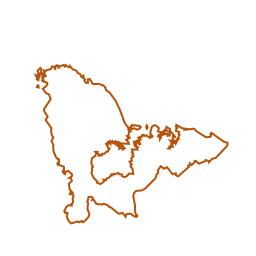 the district of Sorsogon, Sorsogon, Philippines, rotated 160°
{"feature_id": "2640588B8238689001419", "entity_name": "Sorsogon", "entity_type": "district", "adm_level": 2, "iso_a3": "PHL", "parent_name": "Philippines", "parent_adm1": "Sorsogon", "projection": "natural_earth1", "projection_center": [123.949, 12.823], "detail": "fine", "context": "isolated", "style": "outline", "palette": "amber", "viewbox_px": 256, "rotation_deg": 160, "n_neighbors": 0, "source": "geoboundaries", "source_scale": "gbopen_adm2", "svg_char_len": 5885}
<svg xmlns="http://www.w3.org/2000/svg" viewBox="0 0 256 256"><g transform="rotate(160 128 128)"><path d="M39.6,80.3L42.5,82.1L51.3,95.0L52.6,94.3L52.4,92.6L53.2,91.6L57.8,92.5L64.8,101.5L65.7,104.2L67.6,105.4L68.3,105.2L75.3,107.0L74.7,107.4L73.1,106.5L71.4,106.1L77.2,109.3L81.5,114.4L82.4,112.9L81.8,111.2L82.7,111.1L84.0,108.9L81.3,106.7L82.5,104.8L81.9,104.0L84.0,101.8L84.0,100.7L85.1,101.1L87.4,99.2L88.6,99.5L88.1,98.1L86.9,98.4L88.5,96.9L88.5,98.1L89.8,98.1L88.9,100.5L90.5,100.8L91.2,98.5L92.1,98.5L92.2,95.1L93.6,95.9L96.1,94.0L95.6,95.1L97.1,94.7L97.3,94.9L95.2,95.4L95.4,96.3L94.3,96.0L92.9,97.8L92.0,100.2L92.5,101.4L91.8,100.9L90.0,101.8L88.7,104.8L87.1,103.9L86.7,102.7L86.6,103.4L89.6,111.0L88.9,112.7L91.5,115.9L92.5,113.9L94.5,113.6L95.0,112.2L93.1,112.8L90.2,109.9L91.3,106.7L93.0,107.0L92.3,107.8L92.9,109.2L93.9,108.8L95.4,110.7L95.3,109.5L99.9,109.9L100.1,107.9L101.9,106.5L100.8,109.3L103.6,110.0L101.7,110.1L101.2,111.7L101.0,110.3L99.9,111.2L99.3,110.3L98.0,111.4L97.3,110.8L95.8,112.7L98.1,112.5L101.1,114.6L99.0,117.3L100.7,120.5L102.3,121.7L105.2,120.9L108.5,116.2L109.0,112.6L108.6,112.1L108.8,113.1L108.1,112.5L107.7,113.3L108.0,111.4L111.0,111.2L111.1,112.8L113.1,113.7L113.3,114.8L115.4,115.1L115.7,116.2L117.1,116.5L117.7,115.1L119.6,115.6L120.3,112.7L121.5,112.9L122.3,111.3L121.9,108.7L122.9,108.6L122.7,109.8L123.9,111.2L123.0,113.0L125.3,112.8L125.6,110.0L127.0,108.6L125.6,106.7L126.7,106.8L126.5,104.6L131.7,106.4L131.6,104.9L132.7,103.6L131.9,103.4L132.2,101.2L133.2,100.7L132.7,99.5L135.2,98.5L135.6,95.7L138.0,95.9L137.4,92.5L136.0,92.5L138.2,92.1L138.7,90.7L137.7,88.6L138.7,83.1L142.9,84.9L144.4,83.6L147.9,82.8L150.1,84.9L149.6,86.5L152.0,87.5L152.5,89.1L157.1,89.2L157.3,89.9L159.2,88.9L159.6,90.0L162.2,88.0L165.7,87.7L166.3,86.6L168.7,87.9L168.5,86.2L169.3,85.7L173.0,84.7L175.9,87.3L175.1,88.0L177.4,92.9L177.7,98.4L176.3,100.1L175.5,103.0L174.0,103.7L174.7,105.9L174.1,108.6L172.2,111.9L168.4,112.9L166.5,115.0L166.9,116.8L164.9,116.0L165.7,115.3L164.5,113.6L165.0,112.4L163.1,113.0L164.1,112.1L164.0,111.6L161.6,111.3L161.1,112.6L158.7,111.9L156.5,113.2L155.1,112.7L152.7,114.6L152.5,115.1L153.4,114.9L153.9,120.6L153.0,120.4L152.6,118.5L151.7,121.8L150.7,121.6L149.9,119.2L149.0,121.7L147.6,119.3L146.9,120.6L145.8,118.2L145.4,119.6L144.3,119.9L142.5,117.8L141.6,118.2L140.7,116.3L132.6,112.8L132.6,115.2L133.8,117.5L129.7,118.2L130.3,119.4L131.2,119.1L131.7,120.9L130.0,120.8L128.6,123.8L126.9,123.9L128.3,125.6L128.0,126.8L127.1,125.1L125.5,126.6L127.9,128.9L129.4,134.0L129.4,147.7L130.3,157.6L133.1,167.4L135.6,171.1L135.6,173.5L136.1,173.5L135.4,173.7L136.5,176.3L140.2,179.4L145.9,181.3L147.2,187.1L149.0,187.4L150.3,184.0L152.3,185.1L152.8,187.5L151.8,188.4L153.1,190.6L152.0,191.5L152.0,192.5L154.3,192.0L154.6,195.3L156.6,197.0L156.8,199.5L159.9,202.0L161.2,205.7L161.5,204.9L163.0,205.4L165.1,208.4L166.3,207.4L166.8,209.2L170.6,209.2L172.7,210.7L172.6,208.7L172.8,208.9L172.9,208.5L173.0,208.4L172.8,209.1L173.7,211.2L175.3,210.8L176.3,207.4L176.4,210.7L178.3,211.8L180.4,209.7L184.7,210.2L186.0,209.5L187.3,210.9L187.4,208.6L188.3,207.9L187.5,205.6L188.2,205.4L187.9,205.3L187.7,205.0L187.7,204.9L189.4,204.8L189.6,206.2L191.6,204.9L190.8,201.8L191.4,200.5L188.6,198.3L188.5,197.2L190.3,195.5L194.6,193.9L193.0,188.5L190.8,186.8L190.7,181.7L200.5,174.4L201.0,172.1L199.6,166.2L202.6,163.6L200.0,153.9L201.1,152.2L202.1,147.3L201.4,144.7L204.4,141.9L203.9,138.0L205.9,132.1L205.7,125.3L204.8,123.0L204.4,122.5L204.3,122.9L203.7,122.7L204.1,120.4L205.8,117.3L201.5,113.5L202.7,109.9L204.0,110.0L204.1,107.8L202.9,106.1L202.1,107.2L202.8,108.2L198.7,108.1L196.4,103.4L197.2,101.9L199.9,101.2L198.9,100.8L198.8,97.6L202.7,95.8L203.8,89.9L203.0,88.2L205.4,85.7L203.8,85.0L202.3,86.0L202.4,82.7L204.2,80.6L204.8,77.5L206.1,76.0L207.4,75.9L207.4,74.4L210.4,75.8L213.0,74.9L216.4,71.6L216.0,69.6L215.2,69.9L213.9,68.6L215.9,65.6L215.5,60.6L213.9,57.7L207.1,57.4L206.4,56.2L203.2,56.5L203.0,55.2L201.3,55.0L195.5,57.9L193.9,59.8L193.7,66.0L191.1,71.2L191.5,72.5L188.6,76.7L186.0,75.9L184.9,74.1L186.3,72.7L184.9,72.5L183.7,67.5L178.7,65.0L176.7,65.2L173.0,61.9L172.8,60.4L171.2,59.2L166.6,51.3L165.4,50.3L162.2,50.1L160.6,45.4L159.3,47.4L156.1,47.1L154.6,46.3L152.5,42.8L150.1,41.6L149.2,42.7L150.1,43.5L150.0,47.5L147.9,52.8L146.4,62.0L144.6,64.9L141.8,66.1L136.6,64.7L132.7,65.2L119.4,71.4L117.0,74.5L114.9,75.6L114.6,77.8L110.4,80.9L108.0,77.4L104.7,77.8L101.9,69.3L98.6,69.1L99.1,67.1L97.5,65.4L84.0,70.7L84.3,72.1L82.7,72.3L81.9,73.6L81.0,71.4L77.5,72.8L76.8,74.1L75.7,74.0L73.7,70.3L66.5,70.4L66.0,71.3L63.3,69.3L63.5,68.2L59.5,70.3L55.8,69.9L42.0,76.7L40.1,78.4L39.6,80.3ZM118.4,123.2L115.9,124.2L115.8,125.4L120.4,128.2L122.3,128.3L122.9,129.5L124.8,128.6L124.7,125.6L122.2,125.6L120.4,123.6L118.4,123.2ZM195.1,207.0L193.1,207.2L193.5,208.8L192.8,209.6L191.9,208.5L190.9,209.3L189.4,213.1L189.8,214.4L193.4,212.8L193.3,209.3L195.5,208.9L195.1,207.0ZM140.3,109.4L138.0,110.0L139.7,114.6L140.7,113.7L142.6,115.2L143.7,114.8L142.7,112.7L143.3,111.4L140.9,111.8L140.3,109.4ZM195.9,203.6L194.4,206.1L195.5,206.3L195.9,207.7L196.6,208.5L196.2,206.2L197.0,204.8L195.9,203.6ZM199.6,197.6L198.1,196.6L198.0,197.0L198.1,197.3L197.7,197.8L197.8,198.8L198.6,198.9L199.6,197.6ZM144.3,115.7L142.6,116.4L142.8,117.2L143.9,116.5L143.9,117.7L145.3,117.6L144.3,115.7ZM109.5,124.0L110.5,122.8L110.7,120.1L109.1,122.9L109.5,124.0ZM206.5,117.6L205.4,118.1L205.9,119.3L206.5,118.9L206.5,117.6ZM189.9,207.4L189.0,207.6L189.6,208.6L189.9,207.4ZM127.6,111.3L127.6,110.4L127.0,111.3L127.6,111.3ZM127.2,113.0L126.5,113.2L127.7,113.3L127.2,113.0ZM121.2,113.8L120.4,113.2L120.4,113.3L120.9,113.9L121.3,114.8L121.5,114.9L121.2,113.8ZM192.0,202.3L191.5,201.8L191.6,202.4L192.0,202.3L192.0,202.3ZM192.1,201.3L191.5,200.9L191.8,201.6L192.1,201.3ZM121.2,115.6L121.0,115.4L121.0,116.1L121.2,115.6Z" fill="none" stroke="#b45309" stroke-width="2"/></g></svg>